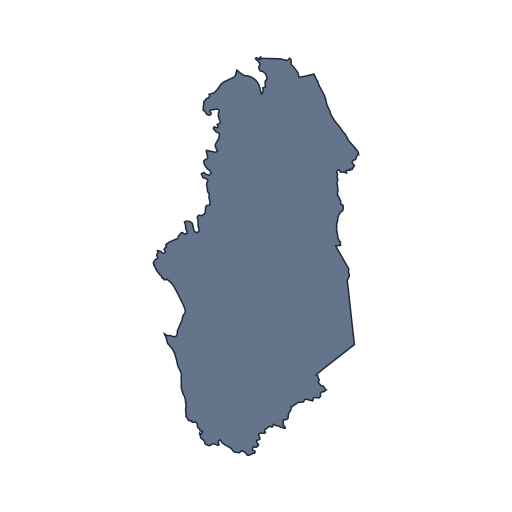 the district of Matuga, Coast, Kenya, rotated 310°
{"feature_id": "3690345B44835557589557", "entity_name": "Matuga", "entity_type": "district", "adm_level": 2, "iso_a3": "KEN", "parent_name": "Kenya", "parent_adm1": "Coast", "projection": "natural_earth1", "projection_center": [39.399, -4.239], "detail": "fine", "context": "isolated", "style": "filled", "palette": "slate", "viewbox_px": 512, "rotation_deg": 310, "n_neighbors": 0, "source": "geoboundaries", "source_scale": "gbopen_adm2", "svg_char_len": 6110}
<svg xmlns="http://www.w3.org/2000/svg" viewBox="0 0 512 512"><g transform="rotate(310 256 256)"><path d="M81.6,329.8L81.1,331.5L81.3,334.2L80.9,335.4L79.3,337.9L79.9,340.6L81.1,342.6L84.0,343.3L84.6,343.8L86.0,346.6L86.5,348.8L87.2,349.1L88.2,348.4L89.2,346.5L90.7,346.2L92.0,346.4L91.2,350.2L91.3,353.2L92.5,359.3L92.4,362.4L91.7,364.4L91.9,365.4L94.6,369.8L97.5,370.1L97.9,370.9L98.5,374.0L98.4,375.7L97.8,376.6L98.3,378.3L101.6,380.2L102.7,380.4L103.6,381.4L104.6,381.7L105.7,380.9L105.9,380.2L105.1,378.4L105.6,377.5L106.4,377.1L108.1,376.5L109.5,379.2L112.2,379.6L113.1,379.4L113.4,377.6L114.2,375.5L115.1,375.2L117.9,376.7L118.8,376.3L120.7,373.0L122.1,372.7L123.3,373.4L125.4,376.2L126.7,376.9L128.1,374.3L128.7,374.2L131.3,375.2L133.5,375.5L134.2,375.9L135.3,378.2L136.0,378.5L136.6,378.0L138.2,377.6L138.7,378.1L138.7,380.1L140.2,382.4L140.7,385.0L142.1,388.1L142.5,388.8L143.0,389.1L143.6,388.4L143.8,387.5L143.8,385.7L145.8,384.3L147.6,382.4L150.8,384.7L151.7,384.9L152.7,384.7L154.4,383.3L157.6,381.8L159.8,381.9L161.3,381.3L163.0,379.9L163.6,380.5L166.9,381.1L168.5,381.8L171.2,382.5L174.3,386.0L175.9,386.0L177.6,385.5L178.7,386.8L181.4,392.6L183.9,391.3L184.6,391.6L185.3,392.0L186.2,393.0L187.6,395.4L189.4,395.7L190.2,395.4L192.4,393.7L193.2,393.6L194.6,394.0L195.1,394.9L196.7,395.6L198.7,395.9L198.3,394.5L199.3,392.9L199.4,391.3L199.5,390.5L198.7,389.9L198.5,389.4L199.1,385.5L199.5,384.6L200.4,384.4L201.1,384.6L201.8,384.0L203.1,381.2L203.9,380.4L203.5,378.4L213.7,380.3L251.4,388.3L296.0,341.6L300.6,340.4L301.9,339.3L302.9,337.1L305.4,335.7L305.8,335.2L314.9,310.6L316.2,311.5L317.8,313.4L318.9,313.8L319.2,312.7L321.0,311.9L320.9,311.2L322.4,307.1L324.7,304.9L325.4,303.7L326.6,302.6L327.3,301.5L327.9,301.2L329.5,299.4L330.7,298.9L331.9,297.4L332.8,297.1L333.4,296.3L334.8,296.4L336.9,294.7L340.3,293.1L343.9,292.7L346.7,293.3L349.2,291.8L350.7,290.1L350.9,289.5L350.2,288.1L350.9,286.9L351.6,286.6L352.7,285.0L354.8,280.6L354.6,279.5L357.7,277.2L358.9,276.6L362.6,272.8L364.1,270.7L366.7,270.0L368.9,267.1L371.1,265.9L371.5,265.4L372.0,263.7L373.7,263.4L375.2,263.9L375.4,264.6L374.8,266.1L374.6,267.2L376.2,268.5L377.8,272.1L378.4,271.7L379.1,270.3L380.6,270.9L381.8,272.8L382.6,273.0L382.9,272.3L383.9,273.9L384.5,274.1L385.0,273.6L385.6,273.5L388.5,273.4L389.2,269.8L389.7,269.2L392.2,269.0L392.9,269.8L393.9,270.2L397.2,269.1L398.8,268.9L399.6,269.6L400.5,268.5L401.4,267.0L402.1,264.3L403.9,252.9L406.8,245.8L407.0,242.5L407.6,241.0L408.0,239.0L408.4,238.4L410.1,229.5L412.2,223.0L414.6,219.2L417.4,213.1L420.9,208.6L423.1,204.9L426.9,195.3L428.8,191.8L429.6,191.1L429.5,190.4L430.0,189.0L432.7,183.4L425.9,178.5L420.6,174.2L423.5,170.0L424.8,164.3L425.0,161.7L425.5,159.5L426.9,158.3L428.2,157.7L428.8,156.9L429.2,154.6L426.8,154.5L425.6,154.0L422.5,147.6L410.6,132.7L411.5,131.7L410.8,131.3L410.1,131.6L409.0,132.6L408.3,129.1L407.5,128.6L406.7,128.8L406.4,133.7L406.1,134.6L405.1,135.8L404.2,136.3L402.6,136.6L402.0,137.0L400.4,140.1L401.7,142.5L401.8,145.9L400.9,147.8L399.5,149.8L398.6,150.8L395.8,150.7L392.7,153.2L392.2,154.2L391.4,154.6L389.0,153.0L388.2,154.5L386.7,155.6L385.4,156.1L383.7,156.0L389.2,147.9L390.3,144.0L390.5,141.5L390.3,138.4L389.5,135.8L388.8,134.1L387.2,132.1L386.5,129.8L386.1,126.5L386.1,121.8L381.1,124.2L379.4,124.4L367.9,119.1L365.6,118.8L358.1,119.3L354.0,119.0L349.7,116.1L348.6,117.7L348.0,117.9L345.9,117.7L344.5,116.7L343.0,117.2L341.5,116.7L340.1,117.1L338.8,118.4L336.7,119.5L333.8,121.7L333.7,122.6L334.0,123.5L333.8,124.6L332.9,126.8L332.9,127.7L333.9,129.8L334.5,130.3L336.2,130.3L336.7,129.6L337.3,127.4L338.2,127.2L339.4,127.9L340.6,129.3L342.0,130.0L343.8,132.2L343.6,134.1L343.2,134.6L342.7,135.2L341.0,135.5L339.0,137.2L337.5,139.4L336.2,142.0L335.6,142.8L334.7,142.9L334.1,142.5L332.9,142.4L331.8,141.7L331.0,143.3L330.5,143.9L329.8,144.1L328.8,143.0L328.1,141.0L327.3,140.9L326.4,141.4L325.9,142.1L325.4,145.9L326.3,148.9L326.0,149.5L324.4,150.7L321.5,152.0L316.8,152.8L314.7,153.5L314.1,154.0L312.8,156.1L311.6,159.1L309.4,158.4L305.2,150.2L304.5,150.3L300.6,155.5L300.0,155.9L299.2,156.1L297.0,155.1L295.2,154.9L293.5,156.7L292.4,159.1L291.5,162.5L291.8,165.6L290.7,168.3L287.9,168.3L286.8,166.0L286.3,162.2L283.7,161.3L281.9,165.1L283.4,168.9L282.8,170.7L280.2,171.4L278.3,172.8L276.8,175.0L274.2,177.4L273.4,180.4L270.3,182.6L267.9,186.0L265.1,187.8L263.0,185.6L260.5,186.3L256.2,189.6L252.1,188.6L250.4,185.9L248.0,186.0L245.7,188.9L241.4,192.8L240.0,195.3L238.0,196.4L236.0,195.8L235.1,193.0L237.1,190.1L238.7,188.3L240.2,185.7L239.8,183.0L238.2,180.4L236.1,179.3L233.9,182.7L231.8,184.5L229.8,188.4L229.1,188.4L226.8,187.1L226.7,184.7L226.3,184.0L225.3,183.7L221.5,183.8L219.3,184.7L218.5,184.6L217.8,184.0L211.1,180.7L207.3,179.6L206.5,179.7L205.9,180.2L205.9,181.2L205.4,181.6L204.5,181.6L203.8,181.1L202.3,181.2L201.6,181.7L201.2,183.6L199.9,184.0L199.0,183.6L198.2,182.9L198.0,181.8L198.5,180.2L197.5,178.9L197.5,178.0L197.2,177.4L196.7,177.0L195.7,178.6L193.1,179.2L192.5,179.8L191.6,182.2L189.5,181.8L188.9,181.3L188.2,181.1L187.3,181.5L185.0,181.5L183.1,183.9L182.5,186.3L181.7,187.5L180.9,189.7L180.2,192.7L179.8,194.5L179.8,196.4L178.8,198.0L179.2,199.3L178.8,200.7L179.1,201.6L181.0,202.8L180.8,208.9L180.0,212.5L175.6,223.2L171.7,231.9L169.7,235.6L167.7,237.8L166.8,238.2L162.9,238.5L159.2,240.6L149.4,243.5L147.3,244.4L145.6,245.9L143.5,246.3L142.7,246.2L140.8,244.1L140.4,243.3L140.3,241.7L138.1,239.4L137.5,235.9L135.6,239.7L132.2,244.5L131.0,251.8L129.1,256.2L125.8,261.2L121.5,266.9L119.4,271.7L118.0,274.2L117.4,274.9L114.5,276.9L113.6,278.3L112.4,278.8L110.8,280.5L107.8,282.7L105.3,285.6L104.8,287.2L104.1,287.5L103.6,288.4L103.1,289.3L102.7,291.0L101.2,293.4L100.3,294.4L100.0,295.1L99.2,295.4L97.0,298.2L92.8,301.0L89.9,303.9L89.5,304.7L88.3,305.2L87.8,305.8L87.9,307.7L86.7,309.4L87.2,311.5L88.0,311.9L88.3,312.7L87.6,313.6L88.0,314.6L90.0,316.3L89.9,318.2L89.3,319.4L88.8,319.9L88.1,320.1L87.7,320.8L87.1,322.1L87.3,323.6L86.1,325.7L87.2,327.2L87.0,327.9L86.3,327.8L85.1,328.6L84.5,328.6L84.1,326.6L83.5,327.0L82.8,328.5L81.6,329.8Z" fill="#64748b" stroke="#1e293b" stroke-width="1.5"/></g></svg>